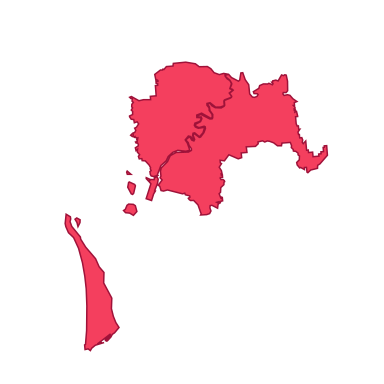 the district of Brisbane, Queensland, Australia, rotated 166°
{"feature_id": "25037944B26487143019559", "entity_name": "Brisbane", "entity_type": "district", "adm_level": 2, "iso_a3": "AUS", "parent_name": "Australia", "parent_adm1": "Queensland", "projection": "mercator", "projection_center": [153.061, -27.341], "detail": "fine", "context": "isolated", "style": "filled", "palette": "rose", "viewbox_px": 384, "rotation_deg": 166, "n_neighbors": 0, "source": "geoboundaries", "source_scale": "gbopen_adm2", "svg_char_len": 6033}
<svg xmlns="http://www.w3.org/2000/svg" viewBox="0 0 384 384"><g transform="rotate(166 192 192)"><path d="M189.2,167.6L183.2,166.5L180.1,166.8L178.2,169.0L178.5,172.3L177.7,174.4L175.9,174.3L171.1,170.1L169.7,173.7L168.5,174.3L170.4,176.0L168.0,176.1L167.2,174.8L166.2,176.0L164.4,176.0L163.9,179.4L165.0,180.2L164.8,178.5L165.5,179.1L166.1,183.8L164.4,184.8L163.0,189.3L159.3,191.4L158.6,193.8L157.8,194.1L157.9,195.3L159.0,196.7L160.8,197.0L161.3,198.5L161.0,199.2L158.8,198.9L158.4,201.1L159.5,201.3L159.3,202.7L158.4,202.6L158.3,205.6L159.6,209.5L156.5,212.4L157.5,213.5L157.1,216.0L153.0,214.4L147.2,219.2L139.1,213.0L135.5,213.3L134.8,218.0L129.1,217.1L128.4,222.7L119.4,220.9L116.1,222.8L115.9,224.6L111.2,224.6L109.3,222.9L106.6,223.3L104.6,222.5L100.9,220.0L97.9,216.2L94.0,215.2L92.9,217.7L84.6,216.3L84.2,212.8L84.9,211.1L83.5,208.8L83.7,207.2L81.4,206.3L79.7,204.0L80.1,202.4L79.0,201.0L80.1,197.3L83.3,195.3L83.4,192.8L81.7,189.3L80.6,189.5L77.5,186.6L77.1,188.6L75.0,188.2L75.6,183.4L74.9,182.7L71.5,184.6L64.5,184.6L63.6,187.5L61.1,188.3L51.7,194.9L50.1,204.4L52.5,204.8L52.8,203.4L54.0,203.5L54.6,199.4L57.2,199.8L57.5,197.9L59.9,198.2L60.2,196.1L66.0,197.0L65.3,201.5L69.4,202.1L69.0,204.6L70.7,204.8L69.3,214.0L72.4,212.0L73.0,213.5L72.0,215.7L72.3,218.2L74.4,218.5L73.9,221.8L74.7,222.0L74.7,224.5L72.2,226.8L73.3,226.9L72.8,230.4L74.0,230.6L74.4,233.1L73.3,240.0L71.2,239.7L71.1,240.4L71.1,245.0L72.8,244.6L72.0,246.4L73.0,246.5L72.8,248.0L71.9,247.9L71.6,249.3L72.7,251.4L71.6,251.2L71.1,254.0L68.3,254.4L71.5,258.0L73.6,262.1L75.8,263.3L79.3,263.4L80.1,265.2L79.4,266.4L76.6,265.7L74.7,267.1L72.5,276.4L72.3,282.6L73.6,283.3L75.1,282.8L76.8,283.9L81.6,278.9L83.6,280.3L86.8,280.3L87.2,279.2L88.1,279.3L87.2,277.4L88.1,276.6L91.1,278.9L92.5,278.5L96.6,279.6L100.6,278.9L102.1,276.4L108.2,274.5L108.0,272.5L104.8,271.5L104.3,270.6L105.8,269.0L108.4,268.7L110.4,269.5L112.3,273.2L111.0,282.4L113.2,288.1L113.9,295.5L115.8,295.7L118.6,289.1L120.1,288.3L126.0,293.5L128.0,297.3L131.6,297.3L131.2,295.2L128.3,291.4L127.2,287.8L127.6,286.5L130.1,283.3L127.9,281.8L127.4,280.8L131.8,278.7L130.4,275.7L130.4,274.9L130.9,274.3L132.1,273.8L138.5,273.0L139.3,268.2L140.1,267.4L143.3,266.5L149.1,268.2L151.8,270.8L153.2,273.8L155.8,273.5L154.5,270.4L154.9,266.7L153.1,262.2L154.0,258.9L154.8,258.1L157.1,258.6L164.6,265.1L168.6,264.5L168.5,263.3L164.9,262.6L164.7,260.7L166.7,258.2L172.6,256.7L172.3,254.9L169.7,252.8L164.3,252.9L163.4,252.1L163.6,250.3L166.1,246.7L170.4,243.2L171.7,243.2L175.5,247.9L176.3,247.9L177.2,246.7L176.7,242.3L177.8,241.1L179.6,242.3L180.9,246.2L184.4,244.7L185.1,243.2L183.7,240.9L183.6,238.1L182.1,234.1L182.5,232.5L185.8,231.6L197.8,234.2L204.3,232.5L208.4,227.4L216.0,222.8L217.6,219.8L218.3,214.9L219.5,213.5L218.1,210.9L223.1,206.7L221.9,205.3L221.7,200.9L219.4,199.8L215.3,199.9L201.6,192.5L199.3,192.6L199.1,190.9L195.2,188.8L195.2,187.5L197.1,186.8L196.6,185.4L195.5,184.1L192.4,183.4L189.3,178.0L188.4,168.5L189.2,167.6ZM236.3,245.7L234.5,246.6L235.4,244.1L233.8,240.8L235.4,239.6L235.2,236.9L232.6,236.5L232.8,234.5L229.8,233.5L227.1,228.6L226.3,225.6L226.9,224.6L226.5,222.6L227.9,222.0L228.2,219.1L227.7,217.4L225.1,216.1L224.9,215.2L225.7,213.2L229.3,214.2L230.4,213.1L230.5,213.1L231.0,213.3L231.4,213.0L229.9,209.9L238.1,196.6L233.3,193.5L229.7,199.4L227.3,201.8L228.0,202.2L223.3,208.8L221.7,212.6L222.2,215.3L224.4,214.9L224.4,216.3L221.1,216.4L221.5,217.0L215.8,225.2L209.5,228.5L206.5,232.2L200.9,235.2L195.7,235.9L188.1,233.0L184.0,233.1L184.7,240.6L186.0,244.2L182.0,247.2L179.8,246.1L178.1,241.9L177.6,242.6L177.7,246.7L176.8,248.8L175.1,248.8L171.4,243.8L167.0,246.8L164.1,251.7L170.5,252.3L173.0,254.2L173.6,256.2L172.5,258.1L167.5,258.6L166.0,259.9L165.3,261.9L169.3,263.1L168.8,265.5L163.6,266.2L155.5,258.6L154.1,260.2L153.8,262.6L155.6,266.9L155.1,269.5L156.5,272.6L156.1,274.3L152.9,274.3L148.5,268.6L144.0,267.6L139.8,268.0L139.1,272.5L138.2,273.5L130.9,274.4L130.6,275.5L131.9,279.0L127.7,281.0L130.3,283.1L127.5,287.6L128.3,291.0L130.5,293.3L131.8,296.3L131.7,297.5L129.7,298.1L132.6,299.4L137.1,299.3L141.7,302.4L143.9,307.1L146.7,310.0L154.7,311.8L157.7,315.6L166.7,319.5L179.0,321.3L180.0,318.8L186.5,319.9L189.7,317.6L190.4,318.3L191.3,317.5L193.1,318.0L199.7,315.1L200.0,309.1L199.4,309.7L198.1,308.5L198.3,307.5L200.2,307.9L200.5,306.1L199.1,305.3L199.5,303.8L201.8,304.1L203.5,294.0L209.3,294.9L209.8,291.6L216.7,293.3L221.4,293.4L227.7,299.3L229.6,299.0L228.7,297.5L227.3,297.2L228.2,294.6L227.2,293.2L229.2,291.6L229.9,289.2L229.3,288.0L231.1,286.2L230.1,284.6L230.9,281.5L234.2,280.9L234.4,280.1L233.4,277.3L231.0,276.4L231.2,273.1L228.3,273.4L227.3,271.0L230.2,268.3L232.2,267.8L231.6,265.4L233.2,263.6L235.0,263.5L235.1,262.4L236.2,262.9L237.8,261.9L236.5,260.3L235.4,260.8L235.4,259.7L233.9,259.6L234.3,258.8L232.3,257.9L232.8,256.6L231.7,257.1L233.0,254.2L234.7,254.2L234.4,253.0L232.9,252.6L232.6,250.8L233.1,249.7L236.3,248.6L236.3,245.7ZM295.5,108.4L299.7,125.1L296.9,135.2L300.2,141.9L301.7,150.6L308.5,164.2L311.4,173.1L311.2,175.4L317.0,187.7L317.5,192.7L316.2,195.2L316.0,197.4L319.5,200.9L322.7,192.1L322.8,188.9L321.7,182.4L317.9,176.4L315.7,164.8L315.4,149.8L316.4,136.1L318.1,123.5L321.6,106.8L327.8,83.0L332.2,69.9L333.2,69.6L333.9,65.0L330.7,64.9L329.0,62.7L327.1,64.7L322.9,66.7L313.7,67.2L315.6,67.1L316.4,68.1L318.0,67.2L319.5,67.9L320.7,67.4L305.3,74.1L311.9,70.0L311.9,68.8L310.7,69.1L305.0,73.0L308.8,69.1L311.5,68.0L310.2,68.0L305.8,70.9L303.7,73.2L301.2,74.1L295.6,78.2L297.5,83.8L298.4,90.4L298.4,98.3L295.5,108.4ZM250.2,186.4L250.3,192.4L251.9,194.2L256.4,195.6L258.3,194.8L260.9,191.3L262.9,190.6L261.5,188.0L257.6,186.6L254.5,183.5L250.2,186.4ZM245.4,211.7L245.8,213.2L250.4,216.9L251.2,216.6L253.2,212.2L251.4,204.9L250.2,204.0L248.9,204.9L245.4,211.7ZM307.3,192.1L310.1,194.7L312.1,193.9L311.0,190.2L311.0,186.0L308.1,189.4L307.3,192.1ZM250.5,224.8L246.9,223.9L249.8,228.0L250.6,227.1L250.5,224.8ZM233.2,216.1L231.5,213.0L229.5,214.3L232.9,217.0L233.2,216.1Z" fill="#f43f5e" stroke="#9f1239" stroke-width="1.5"/></g></svg>